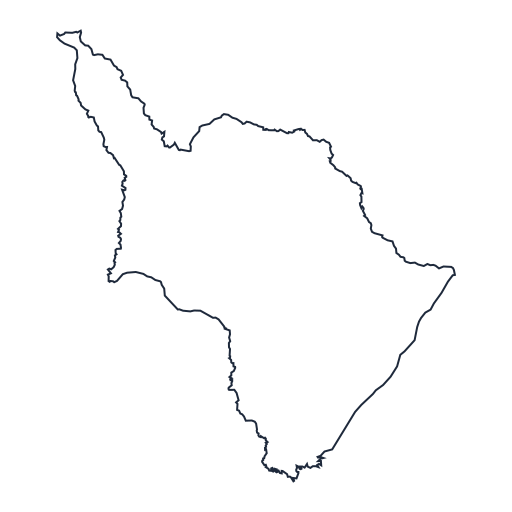 Mazagão, Amapá, Brazil (Albers equal-area conic projection)
{"feature_id": "56859067B25777326370165", "entity_name": "Mazagão", "entity_type": "district", "adm_level": 2, "iso_a3": "BRA", "parent_name": "Brazil", "parent_adm1": "Amapá", "projection": "albers", "projection_center": [-52.07, -0.043], "detail": "fine", "context": "isolated", "style": "outline", "palette": "slate", "viewbox_px": 512, "rotation_deg": 0, "n_neighbors": 0, "source": "geoboundaries", "source_scale": "gbopen_adm2", "svg_char_len": 6016}
<svg xmlns="http://www.w3.org/2000/svg" viewBox="0 0 512 512"><path d="M454.9,274.9L453.9,270.0L453.0,268.1L451.2,266.9L443.5,266.5L439.0,268.4L435.6,265.7L433.4,264.9L430.3,265.2L427.4,264.0L423.8,266.0L418.2,264.5L414.9,262.6L410.3,263.1L405.9,261.7L404.7,260.7L404.3,258.0L403.4,257.3L400.5,256.8L398.9,254.7L396.4,253.0L396.0,248.6L394.0,245.9L392.5,241.4L387.6,240.3L382.6,237.7L382.1,237.0L382.5,235.4L374.5,233.2L372.0,231.8L370.8,228.6L371.4,225.1L370.8,223.2L369.0,222.0L367.2,218.3L364.1,215.9L365.1,215.0L362.9,210.9L363.7,208.9L363.4,207.8L362.3,206.5L361.4,208.2L360.1,205.0L359.9,203.2L361.5,202.1L361.4,196.6L360.4,195.1L361.5,193.0L362.4,193.3L361.7,188.9L360.6,189.1L360.3,188.4L361.0,187.0L360.7,186.0L357.6,184.4L356.4,182.7L355.6,183.1L352.5,181.9L351.1,180.6L350.6,178.2L348.1,175.9L347.4,175.4L346.5,175.9L342.1,171.7L339.8,171.1L335.2,168.5L335.2,167.4L333.5,165.3L330.3,162.8L329.8,161.2L330.6,161.0L330.6,159.8L329.4,158.3L330.6,158.5L331.9,157.5L333.1,155.0L331.6,153.6L330.3,150.0L330.1,147.4L331.0,146.7L329.1,142.8L326.2,141.8L323.6,139.6L321.6,140.1L319.7,141.8L316.8,140.2L313.0,140.3L309.5,136.4L308.0,136.1L307.0,133.9L305.3,132.5L304.6,129.9L302.6,130.0L301.5,129.2L300.3,129.7L300.4,128.8L298.4,129.1L293.9,130.5L294.3,131.5L292.2,132.7L288.8,132.0L288.4,133.2L287.0,133.2L280.2,129.6L278.4,131.1L276.9,131.2L274.6,129.6L274.1,130.3L268.7,130.2L266.6,128.9L265.7,129.1L265.7,129.9L263.3,129.8L263.2,127.3L258.2,126.1L256.7,124.8L253.9,124.4L250.1,122.4L246.6,121.7L244.6,123.5L242.8,123.9L241.5,122.2L236.5,118.9L232.4,117.7L228.2,114.8L223.9,114.1L221.8,115.6L221.0,117.3L214.3,119.4L209.5,123.9L202.3,125.5L199.6,127.1L199.2,131.1L193.5,137.3L189.9,144.2L190.8,146.4L190.6,150.8L189.1,151.2L180.6,149.6L179.9,150.2L178.8,149.9L174.8,142.8L173.9,144.6L170.0,147.5L169.1,147.5L167.5,145.6L166.7,146.4L164.7,146.2L163.8,141.3L161.8,139.6L162.4,137.4L164.0,136.4L164.4,131.8L161.6,133.6L161.0,132.0L156.9,129.3L154.1,128.5L153.7,126.9L151.6,124.5L152.1,120.5L149.4,119.6L149.3,116.6L145.3,115.2L143.9,113.5L143.5,107.8L144.7,104.7L144.4,103.7L141.0,101.4L138.4,98.3L132.5,97.3L131.2,95.3L130.2,89.6L127.4,86.4L127.2,82.4L125.0,80.6L121.6,79.8L120.7,77.5L123.0,74.9L121.2,70.8L117.5,69.2L116.6,67.1L114.0,65.6L110.5,59.6L104.8,58.5L102.4,54.8L97.9,54.3L94.1,55.1L92.9,54.6L91.4,49.1L88.2,45.7L85.2,45.4L80.8,41.4L79.8,37.1L81.1,32.6L80.7,30.7L77.3,32.5L76.2,31.8L72.3,32.8L65.3,32.5L64.1,34.0L60.0,35.6L57.4,33.4L57.1,37.2L59.9,40.3L64.5,43.6L74.2,47.6L76.8,50.3L77.4,58.1L75.2,64.3L75.3,69.0L73.1,80.3L75.2,86.0L74.7,90.6L75.0,91.9L75.8,92.3L76.2,95.3L77.1,95.8L78.6,99.3L78.5,100.7L80.6,102.8L81.1,105.5L85.4,109.4L88.3,110.6L86.9,113.8L88.3,116.1L88.2,116.9L88.8,117.5L90.8,116.8L93.8,117.5L94.6,121.5L96.9,125.6L98.0,126.4L98.3,130.4L99.5,131.8L101.2,132.1L103.8,137.6L104.3,139.7L103.4,144.2L103.7,146.2L105.7,147.1L107.0,147.0L106.4,150.1L108.5,152.8L110.4,153.0L113.1,155.2L113.9,158.2L114.6,157.9L119.2,164.9L120.3,165.3L123.9,171.3L124.0,174.4L126.2,175.8L126.3,176.8L124.7,177.8L125.4,180.2L124.7,180.8L124.0,180.2L123.3,180.6L122.3,182.0L122.6,183.7L121.9,185.7L125.5,188.0L125.4,189.8L124.4,190.3L122.1,189.7L124.8,197.1L124.2,199.5L122.4,202.0L123.0,205.7L122.1,209.0L119.5,210.9L120.8,213.1L121.3,216.7L120.4,217.6L120.3,220.1L119.4,221.1L121.1,223.7L121.0,226.1L118.0,228.9L119.0,229.8L118.1,232.0L119.2,232.2L120.9,233.8L118.2,235.7L118.5,236.8L120.3,237.8L121.0,239.1L120.7,240.9L118.9,243.0L120.5,244.6L121.0,247.9L120.8,248.7L116.8,248.9L115.5,250.0L115.7,253.3L116.5,254.3L114.9,255.4L115.3,257.5L113.8,261.0L115.1,262.3L114.5,262.9L114.8,264.7L113.7,267.1L111.2,269.3L109.3,268.6L107.9,269.5L110.9,273.3L107.9,274.6L108.7,276.3L108.6,281.1L109.7,281.8L110.4,281.0L113.1,281.3L114.2,282.2L117.0,280.9L122.8,274.2L127.1,272.7L135.8,272.0L143.4,273.9L147.2,276.4L151.3,277.3L155.3,280.0L160.2,281.3L161.0,282.1L161.7,284.8L164.2,288.6L164.8,295.6L177.8,309.5L179.3,309.3L183.0,310.7L190.3,311.4L194.1,310.5L200.4,310.7L213.0,317.8L215.6,317.6L218.6,319.4L224.3,326.7L224.3,327.7L225.7,328.3L225.2,328.9L229.7,330.4L230.0,334.3L229.1,337.5L230.2,341.2L228.9,343.0L229.0,347.3L230.0,349.0L229.6,355.7L230.2,356.2L230.0,357.8L229.2,358.2L231.1,359.9L231.3,362.4L232.4,363.2L233.4,363.1L233.5,366.4L235.1,366.9L235.2,367.9L233.8,371.0L231.3,372.6L231.3,375.4L229.5,377.0L231.7,378.3L230.2,379.3L230.5,380.2L232.2,380.1L232.2,381.3L231.4,383.1L231.7,385.3L228.7,387.6L228.5,388.8L228.8,389.7L229.7,389.9L234.3,389.8L236.6,393.0L238.6,400.3L236.1,402.4L237.5,403.9L237.1,409.9L239.1,410.7L240.3,413.5L242.2,414.3L244.0,416.5L245.8,420.7L251.8,420.5L254.8,421.7L256.1,423.6L257.0,429.4L256.7,430.6L257.1,432.6L258.6,433.5L258.4,435.4L259.2,436.6L260.7,437.1L260.9,436.2L264.2,438.3L265.0,437.7L265.8,438.6L265.8,440.4L267.5,442.0L265.8,442.8L266.8,444.0L265.7,445.5L266.1,446.8L265.0,447.7L265.1,449.8L266.1,449.4L266.7,453.2L264.6,456.2L264.2,458.2L263.1,458.5L263.2,460.1L262.3,460.6L262.1,461.8L264.4,465.2L265.8,464.8L266.4,466.5L265.8,467.1L268.5,468.8L269.2,470.6L271.1,470.8L271.2,468.4L272.4,467.9L273.1,469.1L272.5,471.2L273.2,471.6L274.4,470.9L274.8,468.8L276.7,469.4L276.0,471.9L276.6,472.3L277.5,471.9L277.6,470.7L278.5,470.5L279.9,473.0L281.7,473.4L281.7,470.9L282.6,471.0L287.1,474.2L287.8,476.8L289.9,476.6L290.9,477.3L293.4,481.3L294.1,480.8L293.3,478.0L296.5,478.4L298.4,473.2L298.4,472.0L297.2,472.0L296.3,471.0L296.2,469.7L297.0,467.9L296.6,465.7L298.6,466.7L299.7,468.9L300.7,469.2L301.5,468.7L300.4,466.5L302.4,466.5L304.6,467.6L307.0,464.0L307.7,466.6L310.4,467.9L312.8,466.2L315.9,466.2L318.4,467.1L317.2,465.0L319.0,463.9L321.2,465.3L320.9,461.0L318.2,461.1L320.6,458.7L323.3,458.0L320.1,456.9L318.1,457.6L317.6,456.9L320.6,455.8L324.5,451.5L332.2,449.4L355.1,411.9L361.3,404.9L373.0,393.9L375.8,390.3L383.1,385.0L390.6,376.7L397.1,366.4L400.3,354.8L404.5,351.4L414.6,340.2L417.2,327.0L419.0,321.6L421.1,317.9L425.3,312.6L430.6,309.6L433.9,303.4L441.5,292.9L447.9,281.7L452.7,275.3L454.9,274.9Z" fill="none" stroke="#1e293b" stroke-width="2"/></svg>